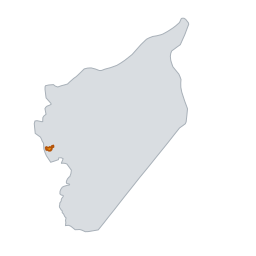 Sheikh Badr, Tartus, Syria shown in context, rotated 342°
{"feature_id": "27442178B44438051869980", "entity_name": "Sheikh Badr", "entity_type": "district", "adm_level": 2, "iso_a3": "SYR", "parent_name": "Syria", "parent_adm1": "Tartus", "projection": "orthographic", "projection_center": [36.082, 35.023], "detail": "fine", "context": "in_parent", "style": "filled", "palette": "amber", "viewbox_px": 256, "rotation_deg": 342, "n_neighbors": 0, "source": "geoboundaries", "source_scale": "gbopen_adm2", "svg_char_len": 3291}
<svg xmlns="http://www.w3.org/2000/svg" viewBox="0 0 256 256"><g transform="rotate(342 128 128)"><path d="M41.7,92.6L43.7,92.9L48.2,95.5L48.9,95.5L50.2,91.9L51.5,90.7L54.3,89.6L55.0,83.9L56.3,82.8L57.8,82.2L60.2,82.1L62.2,81.7L62.3,80.7L59.4,74.1L59.7,72.4L61.0,65.7L61.9,63.1L62.7,62.3L65.9,62.6L70.5,63.7L71.7,65.6L73.9,67.3L77.3,67.2L81.1,67.4L84.1,67.5L86.5,66.3L91.8,64.0L94.5,63.2L96.9,62.1L104.6,58.3L107.8,58.5L109.9,59.0L111.6,59.5L115.3,61.9L118.4,64.4L120.6,65.1L124.4,64.9L129.9,65.2L136.7,65.0L140.7,64.1L145.7,62.7L154.6,59.4L166.2,52.6L173.0,49.3L176.0,48.8L179.9,48.6L183.8,49.2L188.3,49.5L190.3,49.4L195.0,48.5L201.2,46.9L205.0,45.6L209.6,43.6L212.3,40.6L213.2,40.3L214.5,40.7L215.1,40.9L216.4,42.4L217.9,46.5L217.9,46.9L217.8,48.1L214.9,51.7L211.0,56.6L208.2,59.7L203.5,64.9L199.7,66.1L193.4,68.2L191.8,70.1L190.4,72.9L189.6,76.7L189.5,79.1L189.6,83.6L191.3,88.1L193.0,92.4L193.3,95.3L193.4,98.2L192.1,101.4L190.8,105.6L190.2,110.5L190.2,119.4L190.5,127.0L190.5,128.2L188.1,133.7L185.2,140.1L183.8,141.7L177.0,143.9L169.6,148.8L161.4,154.3L153.9,159.2L145.9,164.4L137.7,169.8L131.8,173.6L123.8,178.7L116.6,183.5L109.2,188.4L103.6,192.1L95.0,197.9L90.0,201.3L82.5,206.2L76.0,210.6L68.2,215.7L58.4,214.3L55.3,213.4L52.7,211.0L50.9,209.7L46.3,208.4L43.3,203.8L41.5,202.2L38.4,201.5L39.7,198.6L40.0,196.7L41.3,194.3L40.5,192.8L40.1,189.5L39.5,188.7L39.3,187.9L39.8,186.8L39.6,185.8L39.1,185.3L38.8,183.7L38.4,182.5L38.6,181.0L39.3,180.1L40.0,178.2L40.8,177.7L42.1,176.5L42.5,175.3L43.6,174.2L45.2,173.2L45.5,172.4L45.3,172.0L43.8,171.1L42.9,169.6L43.7,167.4L44.2,166.7L45.1,165.6L47.2,164.0L48.8,163.7L50.2,163.7L52.6,163.8L54.5,164.1L55.0,163.7L54.9,163.2L52.6,161.8L52.5,160.8L53.0,159.6L54.6,157.8L56.6,156.5L57.6,156.3L59.7,153.6L61.1,150.6L58.8,143.4L57.4,142.3L55.2,141.3L53.9,141.1L53.8,140.7L55.5,138.8L56.8,137.2L55.4,135.7L52.9,135.0L52.0,136.6L48.8,136.7L43.9,136.7L41.8,129.1L41.5,125.8L41.5,121.9L43.0,116.3L42.3,113.7L42.3,112.0L41.9,109.6L38.1,104.4L40.2,94.9L41.7,92.6Z" fill="#d9dde1" stroke="#a8b0b8" stroke-width="1"/><path d="M51.5,121.4L51.0,121.5L50.6,121.5L50.3,121.5L50.1,121.5L49.9,121.5L49.7,121.7L49.6,121.8L49.5,122.0L49.5,122.3L49.4,122.4L49.4,122.5L49.2,122.5L48.9,122.6L48.6,122.6L48.4,122.5L48.2,122.3L48.2,122.2L47.9,121.9L47.6,121.9L47.4,121.7L47.1,121.8L47.0,122.0L46.9,122.3L46.7,122.4L46.3,122.2L46.2,122.2L45.8,122.0L45.7,122.0L45.6,121.9L45.4,121.8L45.4,121.7L45.3,121.4L45.2,121.3L45.1,121.2L44.9,121.2L44.7,121.1L44.7,120.9L44.5,120.7L44.3,120.7L44.2,120.8L43.9,121.0L43.6,121.2L43.5,121.3L43.4,121.5L43.5,121.7L43.5,121.8L43.6,122.0L43.8,122.5L43.8,122.8L43.7,122.9L43.6,123.0L43.4,123.0L43.4,123.3L43.5,123.3L43.7,123.5L43.8,123.5L44.0,123.6L44.0,123.8L44.3,123.7L44.4,123.4L44.5,123.4L44.6,123.5L44.7,123.9L44.6,124.2L44.8,124.3L45.0,124.3L45.7,124.7L45.6,125.2L45.7,125.3L45.8,125.2L46.0,125.1L46.3,125.2L46.4,125.3L46.5,125.4L46.7,125.5L46.9,125.7L47.0,125.7L47.3,125.6L47.6,125.6L47.8,125.6L48.0,125.4L48.0,125.2L48.1,124.9L48.3,124.9L48.5,124.9L48.4,124.7L48.5,124.7L48.8,124.6L48.9,124.4L48.9,124.1L49.0,123.9L49.3,123.8L49.3,123.7L49.7,123.6L50.0,123.4L50.2,123.2L50.7,123.2L50.9,123.1L51.3,123.1L51.4,122.9L51.5,122.7L51.6,122.3L51.6,122.2L51.7,121.7L51.5,121.4Z" fill="#f59e0b" stroke="#b45309" stroke-width="1.5"/></g></svg>